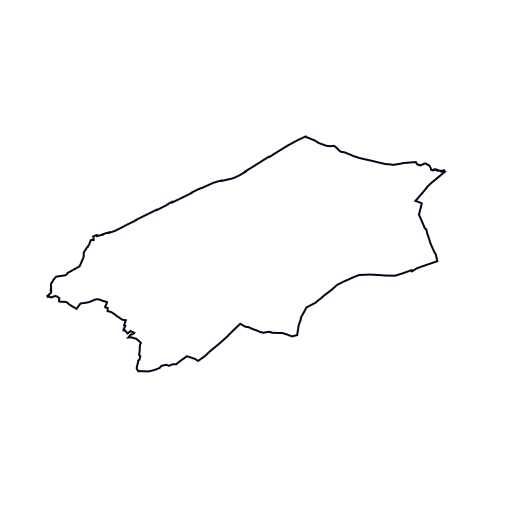 Biķernieku pag., Daugavpils, Latvia (Equal Earth projection), rotated 156°
{"feature_id": "27541924B40947468766186", "entity_name": "Biķernieku pag.", "entity_type": "district", "adm_level": 2, "iso_a3": "LVA", "parent_name": "Latvia", "parent_adm1": "Daugavpils", "projection": "equal_earth", "projection_center": [26.875, 55.973], "detail": "fine", "context": "isolated", "style": "outline", "palette": "ink", "viewbox_px": 512, "rotation_deg": 156, "n_neighbors": 0, "source": "geoboundaries", "source_scale": "gbopen_adm2", "svg_char_len": 5832}
<svg xmlns="http://www.w3.org/2000/svg" viewBox="0 0 512 512"><g transform="rotate(156 256 256)"><path d="M49.0,256.2L49.6,256.9L49.5,257.4L49.4,257.7L49.6,257.8L50.0,257.6L49.8,258.0L50.1,258.1L50.3,258.1L50.4,257.9L50.3,257.5L50.5,257.4L50.9,257.5L51.1,257.8L51.5,257.6L51.9,257.6L52.3,257.7L52.5,257.8L52.4,258.1L52.2,258.3L52.6,258.5L52.6,258.8L53.6,259.3L54.4,259.4L54.6,259.7L54.8,260.1L54.8,260.4L55.2,260.5L55.4,260.3L55.8,260.4L55.8,260.7L55.6,261.0L55.9,261.6L56.3,261.9L56.8,262.0L57.5,261.8L57.7,262.0L57.3,262.4L57.5,262.6L57.8,262.7L58.0,262.5L58.4,262.1L59.0,262.0L59.4,262.2L59.3,262.7L59.5,262.8L60.0,262.7L60.9,263.3L60.6,265.4L60.7,266.5L61.0,268.4L61.1,268.6L62.5,270.0L62.7,270.3L62.7,270.6L62.8,271.0L63.0,271.2L64.1,271.8L64.6,271.9L65.1,272.0L65.9,271.8L67.7,271.9L67.8,271.9L68.7,271.8L69.0,271.9L69.3,272.0L69.3,272.3L69.3,272.5L70.1,273.1L70.6,273.2L70.8,273.3L71.3,273.9L71.4,274.1L71.5,274.3L71.5,274.5L71.6,275.4L71.8,275.8L71.8,276.8L82.2,280.5L82.9,280.7L83.8,281.0L84.5,281.2L85.2,281.3L85.9,281.4L87.5,281.8L93.0,283.3L93.9,283.6L96.9,285.6L99.9,287.0L102.5,289.0L104.3,290.3L112.2,296.4L115.9,299.1L122.4,304.0L123.7,305.4L124.7,306.3L126.2,307.4L127.4,308.9L128.0,309.6L133.1,314.8L136.0,316.6L137.0,318.4L138.6,322.5L138.7,322.9L139.4,323.9L139.8,324.8L143.2,326.0L145.9,327.4L147.8,328.9L153.0,334.0L154.4,336.4L155.9,338.3L157.9,340.3L160.8,343.3L161.0,343.3L161.3,343.6L161.9,345.0L171.0,344.9L175.3,344.5L182.0,344.0L197.8,341.9L201.3,341.3L203.3,341.0L203.5,341.5L206.0,341.2L207.1,341.0L211.1,340.5L214.8,339.9L218.7,339.4L221.7,338.9L229.4,337.9L231.4,337.7L231.2,337.2L238.7,336.4L243.8,336.3L246.3,336.5L256.7,338.5L256.6,338.9L259.6,339.5L262.9,339.9L264.8,340.2L273.6,340.2L276.0,340.1L280.7,340.4L283.0,340.4L288.9,340.1L288.9,339.8L297.1,339.4L310.8,339.0L310.6,339.6L315.7,339.3L315.8,338.9L328.0,338.3L328.0,338.7L343.1,338.1L351.2,337.8L351.2,337.4L360.0,337.1L360.9,337.1L369.8,336.5L374.8,336.3L380.7,336.9L380.6,337.4L382.1,337.4L382.6,337.7L387.1,338.2L387.1,337.8L388.4,338.0L391.1,338.5L393.1,338.8L392.9,339.9L394.3,340.1L394.9,339.9L396.8,340.1L397.4,337.5L397.6,336.9L397.7,336.6L398.4,336.7L399.2,337.4L400.6,337.7L403.4,334.7L403.9,334.2L405.1,333.5L405.3,333.3L406.2,332.6L406.5,332.8L407.8,332.0L408.2,331.7L409.4,330.9L410.8,330.1L411.3,329.8L411.5,329.6L411.8,329.2L412.1,328.8L412.6,327.8L413.0,326.8L413.6,325.7L413.8,325.4L414.5,324.6L414.7,324.3L415.3,323.8L415.6,323.5L416.2,323.2L416.4,323.0L416.5,322.9L416.4,322.8L416.6,322.6L417.1,322.1L417.7,321.6L418.6,320.8L419.4,320.0L419.8,319.6L420.6,319.1L420.9,318.7L421.0,318.6L421.5,318.3L435.2,317.1L435.7,316.4L437.9,315.9L447.1,318.4L449.2,317.4L450.2,316.9L451.0,316.5L451.6,316.0L452.8,315.1L453.8,314.6L454.3,314.2L454.5,313.8L455.0,313.1L455.3,312.5L455.6,312.0L455.7,311.4L455.9,310.7L456.2,310.1L456.6,309.7L456.7,309.4L456.7,309.2L456.9,309.1L456.9,308.9L456.8,308.7L457.4,308.2L457.6,308.1L457.6,307.9L457.6,307.6L457.5,307.3L457.4,307.1L457.7,306.3L459.4,305.4L459.8,305.3L462.9,304.3L463.0,303.6L463.0,303.3L462.9,303.2L461.3,303.1L461.2,303.0L460.1,301.5L460.0,301.4L456.6,301.2L455.4,301.0L453.9,299.5L453.7,298.9L453.2,298.1L452.8,297.4L454.7,294.6L454.9,294.6L452.1,293.3L448.6,291.4L448.0,291.0L447.0,289.6L446.9,289.0L446.5,287.9L446.4,287.7L444.7,285.4L444.7,285.2L443.8,284.1L441.5,280.7L438.1,282.7L435.6,284.0L433.3,283.3L431.6,282.9L431.3,282.7L428.8,282.1L426.5,281.7L421.1,281.7L418.3,281.0L416.3,279.5L415.1,278.2L414.3,277.4L410.9,274.6L411.7,273.4L412.8,272.4L414.6,271.0L414.5,270.2L414.1,270.2L412.6,268.8L414.0,266.0L411.1,263.7L408.6,259.9L408.2,259.1L407.6,257.5L407.0,257.0L404.6,252.9L403.4,251.7L401.1,250.3L403.8,247.2L404.7,246.4L403.8,245.3L406.7,243.0L407.3,241.9L406.0,241.5L404.8,237.5L401.1,238.5L398.5,235.3L400.2,234.7L402.4,235.2L405.9,233.5L402.9,232.3L400.3,230.1L399.2,229.2L397.8,226.7L397.2,225.0L396.7,223.8L396.5,223.3L397.9,222.2L398.8,220.8L401.1,216.2L401.9,215.0L403.0,213.4L402.4,211.7L404.4,208.9L404.5,208.7L404.8,208.6L405.0,208.7L406.2,208.4L406.3,207.9L410.7,202.0L410.7,200.6L410.6,199.8L410.4,198.5L409.0,198.1L401.2,194.3L397.9,193.6L394.9,193.2L389.6,192.9L389.2,193.1L387.4,194.0L387.1,194.1L382.2,193.1L380.2,191.1L376.3,191.0L376.0,190.9L372.7,189.5L371.6,189.9L370.9,190.2L370.2,190.4L369.0,190.6L368.6,190.7L368.5,190.8L368.0,190.9L367.1,191.1L366.6,191.1L365.6,191.4L364.8,191.6L363.7,191.7L362.0,192.1L361.0,192.3L360.7,192.5L360.3,192.7L358.5,191.3L353.4,186.6L353.1,186.0L351.6,183.7L346.5,184.7L343.5,185.3L336.7,187.7L331.6,189.1L324.7,191.0L315.8,193.9L313.6,194.6L313.4,194.9L302.8,198.8L298.0,200.5L295.0,196.3L294.6,196.0L293.1,194.7L292.7,194.5L291.7,194.1L290.9,193.1L289.5,191.4L287.6,189.6L287.3,189.2L287.2,189.1L285.8,187.9L283.9,185.7L283.5,185.2L280.5,182.9L275.3,181.6L273.7,180.6L273.9,180.5L272.3,179.2L270.8,178.4L269.4,177.8L267.1,176.7L264.6,175.5L264.4,175.5L262.5,174.3L260.9,172.8L260.5,172.5L259.3,171.4L258.0,170.0L255.6,167.8L250.5,167.0L249.7,168.4L245.6,174.7L244.5,176.1L241.3,179.4L239.6,181.8L236.9,183.8L234.5,185.6L230.9,188.4L230.7,188.5L220.8,189.1L220.6,189.1L219.5,189.5L216.8,190.2L216.2,190.4L215.9,190.4L212.6,191.3L209.9,192.2L207.3,192.8L204.2,193.5L200.2,194.5L198.7,195.0L193.8,196.6L185.7,197.0L182.1,196.9L176.5,197.0L169.5,196.7L165.2,195.0L163.6,194.3L160.8,193.3L154.3,190.1L145.1,185.2L136.9,181.4L129.2,180.5L119.7,179.8L119.8,178.6L118.3,178.7L115.9,179.1L115.0,179.2L113.9,179.3L108.8,179.0L106.2,178.7L92.5,177.5L91.1,184.2L91.5,187.2L91.5,195.5L91.4,197.2L91.2,198.7L91.1,200.1L90.9,201.6L90.6,204.0L90.6,205.7L90.6,205.9L89.6,211.1L90.4,212.3L90.5,213.1L90.4,216.0L90.3,227.5L83.1,236.7L86.0,239.7L87.9,241.5L82.5,244.0L82.3,244.1L77.8,246.2L74.4,247.9L71.0,249.7L65.3,251.7L62.8,252.3L53.3,255.0L49.4,256.1L49.0,256.2Z" fill="none" stroke="#020617" stroke-width="2"/></g></svg>